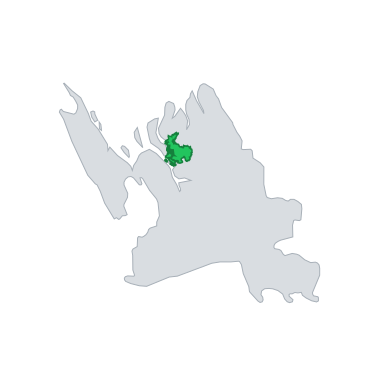 Barisal, Barisal, Bangladesh shown in context, rotated 161°
{"feature_id": "16705992B66943755852345", "entity_name": "Barisal", "entity_type": "district", "adm_level": 2, "iso_a3": "BGD", "parent_name": "Bangladesh", "parent_adm1": "Barisal", "projection": "robinson", "projection_center": [90.343, 22.763], "detail": "fine", "context": "in_parent", "style": "filled", "palette": "green", "viewbox_px": 384, "rotation_deg": 161, "n_neighbors": 0, "source": "geoboundaries", "source_scale": "gbopen_adm2", "svg_char_len": 9623}
<svg xmlns="http://www.w3.org/2000/svg" viewBox="0 0 384 384"><g transform="rotate(161 192 192)"><path d="M136.6,271.4L136.5,262.3L131.0,244.4L131.3,242.5L130.1,233.9L128.7,229.1L128.0,224.0L131.4,216.7L130.0,215.5L122.6,213.3L121.7,211.4L123.3,204.2L118.0,197.4L115.9,192.3L121.6,175.9L123.1,164.5L122.7,162.3L119.2,159.8L113.0,158.7L108.7,156.6L106.1,153.4L103.9,152.1L101.3,153.0L97.9,151.8L95.0,148.6L92.6,144.7L93.6,140.4L98.1,130.3L99.8,130.0L103.7,132.0L105.1,132.0L107.7,128.0L111.3,116.7L123.8,117.6L126.8,117.3L130.0,116.4L131.7,114.9L132.6,113.1L132.3,111.5L128.5,109.4L127.0,107.8L126.0,103.3L124.8,101.6L117.3,101.3L113.4,99.2L111.3,97.4L107.5,91.2L102.8,86.6L98.2,85.5L96.5,84.0L95.6,81.7L96.1,78.3L98.4,71.7L110.9,57.6L111.2,56.0L110.8,54.2L107.1,52.0L106.9,50.9L107.9,47.9L110.0,47.5L114.3,50.2L118.6,54.6L121.2,58.4L121.3,61.5L124.7,62.1L127.5,63.5L130.4,63.1L132.3,63.8L133.6,63.5L134.1,61.8L131.6,57.3L132.8,55.5L135.7,55.6L137.7,57.2L139.2,60.7L139.5,66.0L142.8,70.8L147.2,74.2L150.7,75.8L154.8,76.9L158.4,75.8L160.2,72.5L159.4,69.5L159.9,66.8L161.4,65.3L163.6,65.4L165.2,67.5L170.1,79.0L169.1,84.1L170.1,98.1L168.9,107.3L169.7,110.8L170.5,111.4L177.8,113.2L188.4,116.8L196.5,118.2L233.2,117.2L241.2,119.0L265.6,117.6L272.3,120.5L279.6,125.3L283.7,128.9L284.4,130.9L284.0,132.6L282.6,133.6L280.1,133.6L274.4,131.3L273.4,132.0L273.3,137.5L268.7,151.4L268.0,155.7L266.4,157.3L261.6,158.2L258.4,166.3L257.0,167.3L253.9,165.5L251.9,165.8L249.4,166.6L246.9,168.4L245.2,170.7L243.3,171.5L236.4,171.4L235.1,175.1L230.6,180.0L227.6,193.0L227.8,197.0L231.6,207.4L234.3,220.8L235.3,222.2L236.6,222.3L236.7,216.1L237.9,215.3L239.5,216.0L242.7,224.4L244.6,226.5L247.4,227.1L250.7,225.8L253.1,223.4L254.0,220.7L253.2,211.7L254.7,208.0L260.3,202.5L261.1,200.8L260.7,191.7L262.8,191.4L265.6,192.2L269.2,190.0L270.3,190.0L271.8,192.3L274.3,191.9L278.2,209.9L278.5,222.5L279.4,229.6L280.8,231.2L285.1,241.8L289.1,279.0L289.7,302.6L291.4,310.7L290.0,312.5L288.6,312.8L287.4,310.0L278.3,304.0L276.1,304.6L273.0,308.1L271.8,311.4L272.4,315.9L273.4,320.4L275.5,322.9L275.7,325.8L278.1,336.4L277.4,336.5L272.5,326.8L266.5,317.3L264.5,300.2L264.3,291.8L260.2,281.9L256.4,264.6L258.0,258.5L255.1,261.2L250.6,250.8L243.6,240.7L241.5,236.2L241.4,231.8L238.4,236.2L234.2,239.3L230.0,243.9L227.2,245.3L218.4,246.2L213.2,240.0L205.9,224.8L204.9,221.3L205.8,212.4L204.1,203.9L203.6,196.5L202.3,197.1L201.8,199.2L202.1,202.3L201.5,205.0L189.2,203.3L194.4,207.7L200.1,208.7L203.0,212.7L203.2,219.3L197.7,223.3L198.2,226.7L201.4,230.8L197.5,231.9L196.4,234.6L196.3,238.4L199.1,244.3L198.6,246.6L203.3,254.2L204.1,257.9L203.0,263.1L192.9,273.6L190.0,281.0L187.5,284.5L184.4,285.2L180.6,281.7L180.6,278.0L181.3,275.1L186.6,268.2L183.7,269.1L175.6,274.9L174.0,270.2L173.0,265.9L173.0,260.6L176.9,252.7L172.4,256.6L171.2,261.6L171.7,267.4L171.2,271.5L169.4,276.8L167.0,280.1L163.2,282.1L161.5,285.3L158.9,287.6L158.0,276.8L155.2,262.2L154.6,265.4L156.0,274.4L156.0,280.3L153.8,285.0L149.6,290.0L146.3,290.7L144.4,289.9L138.4,282.4L137.9,275.3L136.6,271.4ZM211.1,271.6L203.6,273.3L199.8,272.8L206.9,259.7L206.7,253.8L205.6,249.0L201.9,245.2L201.7,242.4L200.1,238.7L199.3,234.3L203.3,232.9L206.6,235.4L207.7,240.4L209.4,244.1L215.0,251.8L214.9,256.5L213.4,268.0L211.1,271.6ZM227.2,267.3L222.7,270.8L224.1,250.0L227.6,257.8L228.4,261.9L227.2,267.3ZM244.8,256.9L242.8,258.4L240.9,257.1L238.5,252.2L239.6,246.1L240.4,245.2L243.3,251.5L244.8,256.9ZM261.8,300.6L259.2,300.8L257.9,299.4L258.5,297.3L257.8,290.6L261.1,289.9L262.4,295.5L261.8,300.6ZM258.9,281.8L257.0,288.5L256.2,285.5L257.5,279.7L258.9,281.8ZM205.2,227.9L206.0,230.0L201.8,227.3L200.7,225.3L202.6,224.3L205.2,227.9Z" fill="#d9dde1" stroke="#a8b0b8" stroke-width="1"/><path d="M187.5,253.4L188.8,253.0L189.3,252.3L189.4,252.6L189.6,252.4L189.9,252.7L190.2,252.6L190.3,252.3L190.8,252.4L191.1,251.8L191.4,252.0L191.8,252.6L192.0,252.6L193.0,251.4L193.2,250.8L194.5,251.8L195.2,252.0L196.0,253.0L196.5,252.0L196.5,250.6L197.3,249.2L198.1,249.4L199.2,248.7L199.4,249.3L199.7,249.3L200.4,248.7L199.7,248.4L199.8,248.0L200.8,247.9L199.6,247.0L198.2,247.1L198.1,246.8L199.2,246.8L199.5,246.4L199.6,245.7L199.3,243.3L199.0,242.8L199.3,243.1L199.4,242.1L199.3,241.2L198.8,241.6L198.7,242.0L198.3,242.6L198.3,242.9L198.0,243.4L197.9,243.4L198.2,242.4L198.5,242.1L198.7,241.5L199.3,241.0L199.3,240.6L198.8,239.8L197.6,238.6L197.0,238.3L196.2,238.1L196.4,237.7L196.1,236.9L196.5,237.7L196.9,237.3L196.6,236.8L196.8,236.7L197.1,237.1L197.2,236.7L197.1,237.3L198.8,239.1L198.2,238.3L198.4,237.7L198.7,237.6L198.8,237.2L198.9,237.3L198.9,236.6L198.2,236.1L196.8,235.7L196.7,236.3L196.4,236.3L197.1,232.9L196.5,232.0L196.9,232.2L197.2,232.8L197.0,235.2L197.7,235.9L198.1,234.9L198.1,232.8L198.4,232.2L200.4,231.1L200.4,229.9L199.8,228.8L199.0,228.6L198.5,228.1L197.9,227.1L195.9,226.6L195.1,226.1L195.1,225.8L195.6,225.7L195.2,225.7L195.1,225.2L195.8,224.6L195.8,224.1L194.2,223.5L194.1,223.2L191.8,223.1L191.2,223.4L191.1,224.3L191.6,225.1L191.8,225.7L191.4,226.9L190.1,227.4L189.5,227.3L188.6,227.8L188.7,227.3L188.2,227.3L187.8,227.7L187.5,227.1L187.7,225.7L187.6,224.9L187.8,224.2L187.8,223.8L187.3,223.4L187.1,222.8L186.7,222.6L186.3,222.9L186.2,223.3L184.7,222.7L184.4,222.9L184.5,223.1L184.3,223.4L183.6,223.3L183.4,223.5L183.8,223.6L183.4,223.9L183.0,224.7L183.0,225.8L181.7,225.7L181.2,227.0L180.9,226.9L180.5,227.6L180.1,227.5L180.0,228.6L180.2,228.9L180.0,229.4L179.1,229.3L178.9,230.2L178.4,231.6L178.4,232.6L179.1,232.9L179.0,234.1L178.8,235.2L179.9,234.7L179.8,235.1L179.9,235.4L179.8,235.5L180.5,236.0L180.9,236.8L181.6,236.8L181.9,236.9L181.8,237.3L182.5,237.1L182.9,237.5L183.7,237.6L183.6,238.0L183.8,238.2L184.1,238.2L184.1,237.9L184.8,238.0L184.7,238.5L184.8,238.7L185.5,237.8L185.4,237.7L185.4,237.2L185.7,237.0L185.8,236.7L186.2,236.8L186.4,237.4L187.0,237.5L186.9,238.0L187.2,238.4L188.6,238.4L189.2,239.5L189.3,240.1L189.1,240.3L189.4,241.5L190.1,242.0L190.5,241.8L191.4,242.4L191.4,242.9L191.2,243.0L191.4,243.7L191.6,243.7L191.6,243.1L191.9,243.0L192.7,243.5L193.5,243.5L193.5,244.5L192.8,244.2L192.4,244.6L192.9,244.7L194.0,245.6L194.1,246.4L193.7,246.4L192.5,245.4L192.2,245.7L192.8,246.2L193.2,247.0L192.7,247.7L192.5,247.2L191.9,246.9L191.3,247.2L191.0,247.1L190.7,248.1L190.2,247.8L189.8,248.0L189.8,248.5L189.6,248.9L189.2,249.0L187.5,250.7L186.6,251.0L186.1,251.5L185.8,252.1L186.3,252.3L186.8,252.3L187.4,251.9L187.9,251.8L187.9,252.0L187.4,252.7L187.5,253.4ZM205.7,233.6L204.4,232.5L202.3,232.1L201.4,231.6L200.6,231.6L198.7,233.6L198.5,236.1L198.9,236.1L198.7,235.3L198.8,235.1L199.2,234.9L199.0,234.6L199.0,234.1L199.0,234.7L199.4,234.8L199.5,235.1L199.4,235.4L198.9,235.6L198.9,235.9L199.7,235.8L200.9,236.3L202.2,235.5L203.5,235.3L203.9,234.8L204.9,234.6L204.9,234.3L205.3,234.2L205.7,233.6ZM198.1,225.7L198.4,227.3L199.0,228.1L199.2,227.9L199.8,228.3L200.6,229.5L200.9,230.5L200.8,231.2L201.6,231.0L202.9,230.0L203.1,229.5L202.9,228.8L201.0,226.4L199.8,224.4L199.5,224.3L199.0,224.7L198.7,224.9L198.7,225.3L198.1,225.7ZM200.2,240.0L200.0,238.1L200.4,236.7L199.8,236.0L199.2,236.4L199.2,237.3L198.5,238.3L198.9,238.8L199.0,239.5L199.5,240.1L200.0,240.5L200.2,240.0ZM201.9,240.7L202.3,239.5L201.7,237.6L201.1,238.3L201.0,239.8L201.2,240.9L201.8,240.7L201.7,240.0L201.9,239.1L201.8,239.9L201.9,240.7ZM201.7,237.5L202.1,236.4L202.6,236.6L202.8,236.1L202.7,235.9L201.5,236.4L200.6,237.2L200.4,237.8L200.7,237.4L200.8,237.2L200.3,238.3L200.4,238.5L200.7,238.2L200.4,238.6L200.6,239.2L200.9,239.3L200.8,238.9L201.1,238.2L201.7,237.5ZM202.0,223.8L201.2,223.1L200.9,224.3L201.1,225.5L202.0,226.3L201.3,225.1L201.8,225.7L201.8,225.2L202.0,225.8L202.4,226.0L202.1,224.8L201.7,224.2L201.9,224.4L201.7,224.2L201.7,223.8L202.0,224.3L202.0,223.8ZM201.7,241.1L201.2,241.1L200.4,240.7L200.1,241.0L199.9,243.1L200.1,244.0L200.3,243.6L200.2,241.8L200.8,241.8L201.0,241.5L201.4,241.7L201.7,241.1ZM197.3,225.8L196.7,225.7L195.4,226.0L195.9,226.5L198.0,226.9L198.0,226.5L197.5,226.3L197.3,225.8ZM203.3,230.5L202.4,230.7L201.7,231.3L202.1,231.1L201.9,231.3L202.2,231.6L203.3,231.9L203.5,231.0L203.3,230.5ZM200.8,246.5L200.3,245.2L200.2,244.0L200.1,247.1L200.6,247.1L200.4,246.6L200.4,246.3L200.6,246.7L200.6,246.8L200.8,246.5ZM202.0,223.9L202.3,225.0L202.9,226.4L202.9,225.1L202.8,224.9L202.9,225.0L202.9,224.8L202.0,223.9ZM198.5,233.7L200.1,231.9L198.9,232.7L198.4,233.3L198.5,233.7ZM199.0,223.6L199.1,222.6L198.4,222.8L198.6,223.5L199.0,223.6ZM206.1,230.0L205.7,229.5L205.4,230.1L205.8,229.7L205.6,230.5L205.7,230.4L206.0,230.9L206.1,230.0ZM198.8,235.6L199.4,235.3L199.4,235.0L198.8,235.1L198.8,235.6ZM200.8,240.5L200.7,240.3L200.4,239.8L200.3,240.6L200.8,240.5ZM197.3,238.3L197.1,237.7L196.6,237.9L196.7,238.0L197.3,238.3ZM206.8,229.5L206.2,228.9L206.7,229.7L206.6,229.4L207.2,230.5L207.3,230.2L206.8,229.5ZM203.0,224.8L203.0,225.8L203.1,226.0L203.3,225.2L203.0,224.8ZM206.7,230.0L206.3,229.6L206.5,229.9L206.3,230.1L206.5,230.6L206.5,230.3L206.8,230.3L206.7,230.6L206.8,230.4L206.7,230.0ZM201.5,246.4L201.3,246.1L201.0,245.8L201.2,246.4L201.5,246.4ZM203.7,231.6L203.6,231.2L203.4,231.7L203.7,231.6ZM206.0,229.1L205.8,229.1L205.7,229.2L205.9,229.4L206.0,229.1ZM203.3,225.3L203.4,225.6L203.5,225.5L203.3,225.3ZM205.2,229.5L205.3,229.3L205.3,229.2L205.1,229.4L205.2,229.5ZM200.3,223.2L200.2,223.2L200.3,223.5L200.3,223.2ZM206.5,229.7L206.4,229.6L206.5,229.7ZM200.7,222.5L200.4,222.7L200.5,222.7L200.7,222.5ZM205.5,229.0L205.6,228.9L205.5,229.0ZM200.7,245.5L200.9,245.7L200.7,245.5ZM207.2,230.7L207.2,230.9L207.3,230.8L207.2,230.7ZM200.1,222.9L200.3,222.9L200.1,222.9ZM200.3,222.5L200.1,222.5L200.3,222.5L200.3,222.5Z" fill="#22c55e" stroke="#15803d" stroke-width="1.5"/></g></svg>